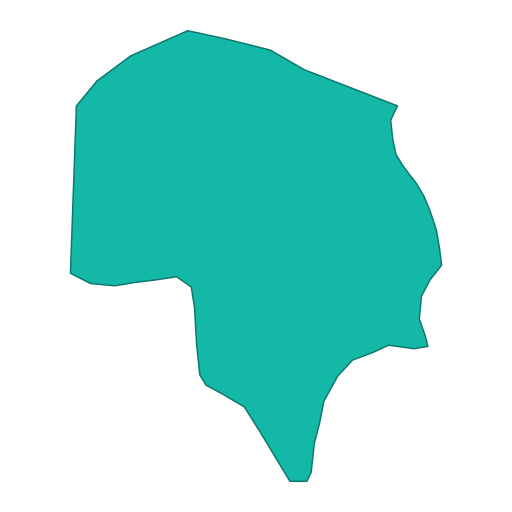 Buk-gu, Ulsan, South Korea
{"feature_id": "91817680B63178832268751", "entity_name": "Buk-gu", "entity_type": "district", "adm_level": 2, "iso_a3": "KOR", "parent_name": "South Korea", "parent_adm1": "Ulsan", "projection": "equal_earth", "projection_center": [129.393, 35.595], "detail": "fine", "context": "isolated", "style": "filled", "palette": "teal", "viewbox_px": 512, "rotation_deg": 0, "n_neighbors": 0, "source": "geoboundaries", "source_scale": "gbopen_adm2", "svg_char_len": 768}
<svg xmlns="http://www.w3.org/2000/svg" viewBox="0 0 512 512"><path d="M76.4,105.9L70.5,271.3L70.4,273.2L90.5,283.5L114.9,285.8L135.1,282.4L154.2,280.1L176.5,276.7L191.3,287.0L194.5,307.5L196.6,344.1L199.8,374.9L206.1,385.2L208.7,386.6L210.8,387.7L223.1,394.4L244.3,406.9L260.2,432.1L289.9,481.3L297.4,481.3L306.9,481.3L311.2,472.1L314.3,443.5L319.6,423.0L323.9,401.2L337.7,376.1L352.5,360.1L373.7,352.1L388.6,345.2L414.1,348.7L427.8,346.4L425.7,337.2L419.3,318.9L421.5,296.1L429.9,280.1L441.6,265.2L439.5,248.1L436.3,229.8L429.9,210.4L423.6,195.6L416.1,183.0L409.8,175.0L402.3,164.8L396.0,154.5L392.8,139.7L390.7,120.3L397.4,105.9L304.2,69.7L270.5,50.2L226.5,39.1L187.7,30.7L130.8,55.8L97.1,80.8L76.4,105.9Z" fill="#14b8a6" stroke="#0f766e" stroke-width="1.5"/></svg>